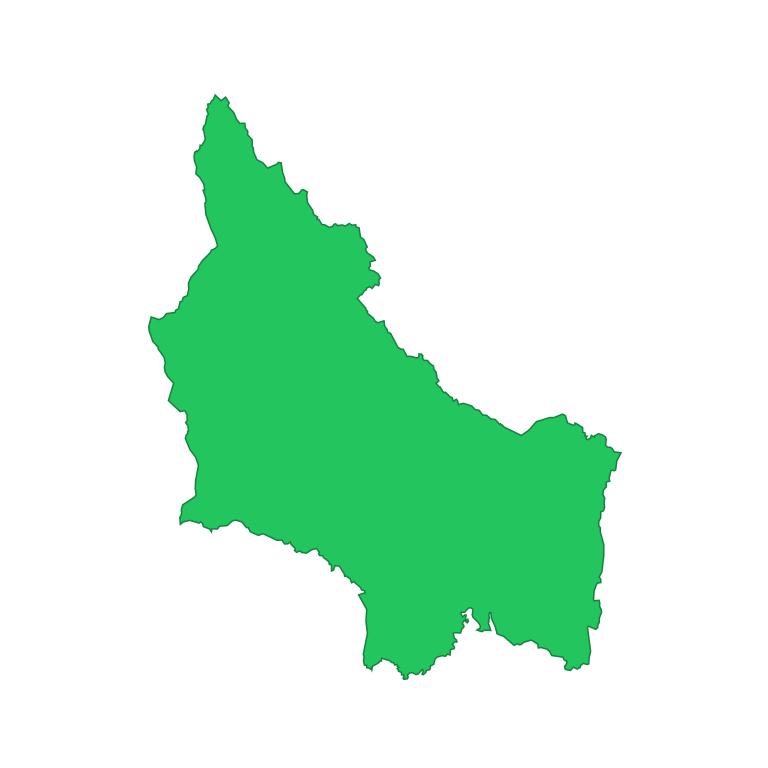 Mueang Phrae, Phrae, Thailand, rotated 172°
{"feature_id": "78962969B59947573587879", "entity_name": "Mueang Phrae", "entity_type": "district", "adm_level": 2, "iso_a3": "THA", "parent_name": "Thailand", "parent_adm1": "Phrae", "projection": "equal_earth", "projection_center": [100.232, 18.084], "detail": "fine", "context": "isolated", "style": "filled", "palette": "green", "viewbox_px": 768, "rotation_deg": 172, "n_neighbors": 0, "source": "geoboundaries", "source_scale": "gbopen_adm2", "svg_char_len": 6127}
<svg xmlns="http://www.w3.org/2000/svg" viewBox="0 0 768 768"><g transform="rotate(172 384 384)"><path d="M158.8,282.9L165.4,284.7L167.1,288.5L168.8,289.9L171.5,290.2L173.1,292.6L171.7,298.1L172.0,300.7L174.9,303.2L178.2,304.9L182.6,303.4L183.1,302.1L185.8,304.3L187.1,301.6L190.5,300.5L191.7,302.0L190.2,304.1L192.2,304.6L191.7,307.4L193.8,308.6L193.4,313.3L199.5,318.4L200.4,318.6L200.5,317.3L201.9,316.6L207.7,319.9L208.7,327.4L211.4,329.3L220.3,327.1L224.4,327.7L238.3,325.5L247.0,318.1L255.2,313.9L271.3,324.8L272.7,327.0L274.3,327.3L274.2,328.4L275.5,328.3L278.6,333.3L283.3,334.7L286.6,338.6L290.7,339.7L293.3,344.6L297.7,346.2L300.0,349.9L308.0,353.8L313.3,353.3L313.4,357.0L314.5,358.8L317.7,357.4L318.5,361.2L320.1,361.8L324.2,367.3L325.6,367.1L326.8,368.4L328.9,373.3L330.1,373.8L332.4,377.6L329.4,379.1L329.3,380.0L330.7,382.5L330.7,388.4L332.5,391.5L332.5,394.9L335.6,397.8L337.5,401.2L341.3,402.0L342.2,404.2L341.6,406.7L342.8,408.4L345.2,408.9L345.8,406.1L347.3,405.1L354.5,407.9L357.2,407.9L360.2,415.8L362.5,416.2L365.1,418.3L370.4,433.1L373.1,434.9L373.4,437.7L375.3,441.3L375.2,446.6L381.5,445.5L383.9,447.2L385.4,450.7L390.4,456.1L390.2,458.3L391.3,459.6L391.6,461.8L398.6,472.4L395.4,475.2L393.4,475.6L390.3,479.2L388.6,479.6L387.5,481.6L384.5,482.3L382.6,480.3L378.5,483.9L375.8,482.1L374.8,483.7L374.6,487.8L372.7,489.4L374.6,493.9L378.7,497.5L382.1,498.7L383.0,501.2L381.1,502.7L380.9,506.8L375.4,507.7L377.1,511.5L382.2,516.0L383.3,519.0L383.4,520.5L381.5,522.0L383.9,530.0L386.9,532.8L386.9,542.1L389.6,543.2L389.9,545.6L393.6,545.7L396.0,547.8L400.6,545.7L403.0,547.3L408.1,547.4L409.5,549.3L410.8,549.3L413.2,547.2L416.4,546.7L420.6,549.9L423.2,550.5L425.7,556.1L427.4,556.6L426.5,558.6L430.0,561.5L430.5,565.9L434.5,574.2L434.2,582.4L433.1,584.8L436.8,587.7L438.6,587.5L441.9,584.5L446.2,584.8L453.9,598.2L453.7,601.5L455.0,607.7L455.1,617.4L457.8,618.2L459.4,616.6L469.4,614.0L473.2,620.0L478.6,623.7L480.8,631.5L480.6,636.0L481.5,637.9L480.5,644.1L484.4,649.8L483.7,653.3L485.8,656.8L485.5,661.5L490.6,662.2L493.2,666.7L495.0,673.7L499.6,680.2L499.8,681.4L498.2,683.9L500.9,690.1L505.9,687.2L511.0,693.6L513.7,689.0L515.4,688.3L517.2,685.7L519.6,685.7L519.7,682.1L521.5,680.6L520.4,675.6L522.0,674.0L524.7,665.9L526.4,664.6L527.9,661.4L527.2,659.6L526.9,651.0L531.2,645.6L532.9,646.0L533.7,642.6L536.6,640.2L537.2,640.9L539.2,639.8L540.5,635.4L540.6,631.7L539.3,624.9L541.1,618.4L537.7,614.2L534.6,607.1L534.6,601.0L536.2,601.1L534.6,592.5L535.0,589.2L536.2,588.0L536.8,576.4L533.5,560.9L530.7,552.0L529.6,543.8L532.1,541.8L536.4,540.5L537.8,538.2L546.4,531.7L551.3,526.4L552.2,523.2L560.0,516.9L563.6,511.2L564.1,505.1L566.5,498.9L570.8,497.7L572.6,493.8L574.5,493.8L577.1,487.1L579.9,486.1L581.2,483.9L589.6,484.0L593.2,480.5L597.8,479.1L605.2,482.8L609.0,473.5L609.2,469.2L606.9,458.1L602.6,452.0L602.6,449.8L598.1,441.2L597.6,435.3L599.1,431.2L599.1,426.6L597.1,421.3L592.2,414.0L599.8,397.6L589.7,385.0L585.0,385.4L583.3,381.0L583.9,375.3L585.8,373.4L584.0,369.8L584.1,364.7L585.1,364.3L585.3,362.2L587.0,361.0L588.3,357.7L585.2,345.8L580.7,337.8L579.1,329.1L584.0,314.5L585.5,306.5L585.4,300.4L587.6,298.2L600.1,292.4L602.2,287.6L602.5,283.5L604.7,280.3L605.2,273.4L601.8,275.4L595.2,276.0L586.6,272.0L584.7,272.9L583.2,271.4L582.6,267.9L576.9,264.7L575.5,261.7L574.6,264.5L569.1,263.6L566.7,266.1L559.0,265.6L553.1,269.6L549.8,269.8L544.0,267.2L540.1,260.9L538.4,260.6L537.0,256.3L529.5,251.6L524.6,252.6L511.9,244.2L506.7,243.6L504.7,239.4L501.6,239.1L498.7,240.4L498.4,238.3L495.0,233.8L494.9,232.6L495.8,231.7L494.1,229.5L490.5,230.3L489.0,228.7L484.5,227.3L478.5,229.9L473.7,230.5L471.4,226.1L472.3,224.9L471.7,223.2L468.6,222.4L468.1,220.6L463.4,215.8L463.2,213.0L462.3,213.4L461.3,211.5L462.0,206.2L460.0,206.6L457.7,210.9L453.5,209.8L449.8,201.5L449.7,199.1L448.2,199.1L444.5,195.7L443.9,191.7L441.4,192.5L435.5,185.6L434.9,183.2L432.0,182.0L431.6,180.0L438.5,178.7L432.5,163.2L434.9,151.4L435.1,139.3L442.2,119.0L441.6,116.6L442.8,113.0L442.5,108.3L440.4,107.9L440.5,105.4L438.4,104.9L437.0,103.4L436.3,104.1L435.9,102.5L434.7,106.0L427.8,108.8L426.9,110.0L425.2,110.0L424.4,112.7L416.8,109.2L415.3,107.2L413.1,106.5L412.6,104.3L410.1,104.4L410.1,102.6L408.8,101.4L410.6,100.5L409.4,98.5L409.7,97.6L406.9,96.0L407.1,93.5L405.0,93.2L405.0,91.1L406.1,90.2L405.6,88.8L401.9,88.8L400.9,90.2L401.2,92.4L399.2,94.2L396.2,94.3L392.8,91.9L390.8,92.0L385.7,95.9L385.0,94.3L386.7,91.4L385.8,90.6L383.1,92.2L381.8,94.4L378.3,94.8L377.2,98.3L373.8,99.5L371.6,104.8L369.4,106.1L364.4,106.9L361.1,105.8L358.6,107.7L356.3,106.4L355.3,111.6L351.2,112.2L350.9,113.7L352.4,116.9L350.1,118.8L347.7,118.4L347.9,120.5L349.8,122.7L350.1,127.2L348.8,127.9L342.8,126.8L341.0,130.7L338.9,131.9L338.5,133.6L339.7,135.9L338.1,138.2L337.0,138.5L335.0,135.9L333.5,137.2L333.8,139.4L335.3,138.8L336.1,139.9L334.8,143.7L336.0,144.1L338.4,142.5L339.6,144.7L339.6,147.2L335.8,146.8L332.1,150.0L330.0,150.6L327.9,149.3L327.3,147.8L328.8,143.0L328.4,140.7L324.1,135.2L322.3,131.3L322.9,128.8L326.2,127.4L321.5,125.1L318.4,126.3L312.6,125.1L314.0,133.1L313.1,134.1L313.3,136.0L312.3,136.8L312.3,140.8L311.0,143.1L310.0,142.4L310.3,137.4L307.6,128.2L306.8,120.9L300.3,117.2L291.5,107.0L287.6,108.3L286.5,106.9L284.6,106.9L281.5,108.8L273.7,109.9L267.8,104.9L268.0,101.2L265.2,101.2L259.4,98.7L256.9,95.4L255.7,91.8L244.9,88.6L244.1,85.8L241.4,83.8L242.0,81.8L244.6,79.0L244.3,76.5L242.5,75.4L239.1,74.4L236.1,77.2L232.3,74.9L229.2,76.0L228.1,78.2L225.4,79.6L222.0,78.0L220.2,78.3L218.9,84.7L216.6,90.5L216.4,114.6L215.3,115.7L208.4,111.6L206.4,112.9L205.2,117.0L204.2,117.5L203.2,122.5L200.3,127.6L200.3,130.5L201.5,133.6L200.8,136.9L201.1,139.9L206.1,140.0L206.4,142.1L204.7,149.8L201.6,155.9L200.1,157.1L196.9,157.2L196.6,160.4L197.7,163.1L194.4,167.7L190.3,183.3L188.7,194.1L190.4,207.5L189.8,211.5L191.0,213.6L190.6,217.6L188.0,221.5L187.2,227.1L184.2,228.0L182.7,231.1L182.7,235.1L181.3,240.4L182.6,243.9L181.5,248.4L178.0,251.4L178.0,254.8L177.2,256.0L174.0,256.3L174.1,259.3L171.6,266.1L170.3,267.0L168.1,266.0L166.6,266.6L164.1,275.6L158.8,282.9Z" fill="#22c55e" stroke="#15803d" stroke-width="1.5"/></g></svg>